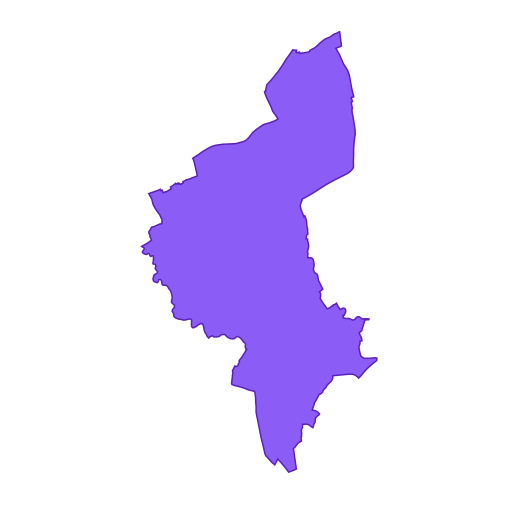 outline of Mueang Sing Buri, Sing Buri, Thailand, rotated 356°
{"feature_id": "78962969B52977923658609", "entity_name": "Mueang Sing Buri", "entity_type": "district", "adm_level": 2, "iso_a3": "THA", "parent_name": "Thailand", "parent_adm1": "Sing Buri", "projection": "natural_earth1", "projection_center": [100.401, 14.906], "detail": "fine", "context": "isolated", "style": "filled", "palette": "violet", "viewbox_px": 512, "rotation_deg": 356, "n_neighbors": 0, "source": "geoboundaries", "source_scale": "gbopen_adm2", "svg_char_len": 6101}
<svg xmlns="http://www.w3.org/2000/svg" viewBox="0 0 512 512"><g transform="rotate(356 256 256)"><path d="M355.1,38.1L354.3,38.3L351.8,39.5L350.2,39.8L347.3,41.3L345.5,42.6L340.6,44.2L339.2,44.9L335.5,47.4L333.9,48.6L332.7,49.8L329.1,52.4L324.1,54.6L323.8,55.5L323.4,55.9L321.7,56.3L314.0,57.0L313.7,55.6L310.7,56.1L310.4,56.0L310.3,54.9L310.9,53.6L308.8,53.3L307.0,52.9L304.0,56.8L300.0,61.5L294.8,68.7L290.6,73.9L284.8,80.1L278.8,85.9L277.1,91.3L277.2,92.2L276.0,92.6L276.3,94.5L277.7,98.9L281.3,108.0L282.8,112.9L285.6,117.4L287.5,120.9L285.0,122.2L278.7,124.1L273.7,125.1L272.0,125.7L265.6,129.5L262.1,132.0L260.8,133.1L257.9,136.5L254.4,139.7L252.8,140.5L251.2,141.0L244.4,142.4L242.8,142.5L230.5,142.2L223.7,142.7L219.4,143.7L215.3,145.4L209.7,148.3L205.5,150.9L199.7,154.1L200.4,155.9L200.9,158.0L202.6,168.7L203.0,172.1L197.5,173.6L196.1,174.3L194.4,174.6L193.1,175.1L191.7,175.0L191.0,175.7L188.2,176.8L188.5,178.0L185.7,179.4L184.9,178.2L183.7,178.8L183.3,177.8L181.4,178.8L180.9,177.9L178.1,179.8L175.5,181.3L176.1,183.0L170.8,185.8L170.4,185.5L167.8,186.4L166.9,183.7L165.7,184.1L165.2,182.8L161.7,184.0L153.4,186.2L156.0,192.1L156.8,196.7L157.5,198.9L159.8,203.5L162.8,208.0L164.8,213.5L164.4,217.1L163.3,217.5L162.8,217.2L162.5,217.3L157.1,219.3L153.6,220.1L152.9,221.7L151.1,223.8L150.7,224.8L151.0,226.5L151.9,228.2L151.5,229.2L152.9,232.8L148.5,235.7L142.6,238.4L143.5,239.2L144.9,240.1L145.1,240.5L144.9,241.1L144.6,241.7L143.0,243.8L143.0,244.6L143.7,245.4L145.2,246.4L146.7,246.8L147.4,246.7L148.7,245.8L149.1,245.9L149.7,246.3L150.3,248.4L150.9,249.0L151.2,249.1L152.2,248.6L152.8,248.6L153.3,248.6L153.6,249.1L153.6,250.5L153.3,253.4L152.6,256.3L153.0,256.9L154.7,257.3L155.2,257.7L155.4,259.0L154.6,261.4L155.1,262.5L156.6,264.6L156.7,265.0L156.3,266.0L155.3,266.7L153.4,267.5L152.6,268.5L151.6,271.9L152.0,273.7L152.4,274.2L153.2,274.7L154.9,275.6L155.5,275.7L156.3,275.2L157.5,272.9L158.3,272.7L159.0,272.8L159.6,273.4L160.0,274.4L160.3,277.6L160.6,278.1L161.4,278.7L164.1,279.0L165.2,279.6L165.7,280.2L166.6,282.3L168.5,285.1L169.3,288.7L169.6,291.8L168.8,294.4L168.4,296.2L168.9,297.1L171.0,299.2L171.3,299.7L171.0,301.5L169.0,303.5L168.5,305.3L169.8,307.7L169.8,309.9L169.9,310.5L170.3,311.2L171.9,312.4L173.0,313.0L175.3,313.8L177.4,314.2L179.2,314.9L181.1,314.9L184.8,314.2L185.8,314.3L187.0,314.7L187.2,315.0L187.2,316.4L186.8,320.0L186.8,321.6L187.3,322.6L188.1,323.2L188.8,323.2L189.5,323.0L191.8,321.9L193.6,320.6L195.0,320.1L196.0,319.5L196.6,319.8L197.9,319.9L198.4,320.9L199.0,324.2L199.1,326.1L199.9,328.9L200.7,330.3L201.8,332.9L203.0,334.6L204.3,333.5L206.9,332.5L207.3,332.7L208.0,333.6L208.6,333.8L211.6,334.0L213.9,333.6L215.2,332.5L216.2,332.1L218.9,332.0L219.6,332.4L221.0,334.1L222.0,335.1L224.2,336.4L225.4,336.8L228.2,337.1L229.2,336.6L230.3,335.6L231.3,335.1L232.0,335.0L232.8,335.3L234.7,336.8L235.8,338.1L237.8,341.2L239.2,342.4L239.4,343.2L238.9,345.3L239.1,346.8L239.4,347.9L240.2,348.5L234.7,356.1L232.0,359.0L231.7,359.7L232.2,360.7L230.8,362.5L230.3,364.2L228.4,365.0L227.3,364.2L224.8,368.3L224.5,369.2L224.8,371.1L224.2,373.1L223.9,375.3L222.7,381.8L223.1,382.5L225.3,383.6L231.2,385.5L234.1,386.6L239.2,389.1L244.4,390.7L245.1,391.2L245.3,391.7L245.5,393.6L245.7,398.0L245.5,402.0L245.6,405.8L245.2,412.1L248.6,438.8L249.8,445.3L250.9,452.5L251.4,454.8L252.0,456.3L253.0,457.1L256.8,462.2L257.7,463.3L260.2,465.6L263.5,460.1L265.5,462.4L270.2,468.8L273.5,473.9L278.9,472.3L281.4,471.3L279.9,450.7L282.3,448.8L282.9,447.7L285.2,445.4L288.4,443.8L288.2,439.9L288.6,439.8L288.8,439.2L289.2,435.9L289.0,434.1L289.6,431.5L290.3,430.5L290.5,429.8L290.6,427.2L293.8,427.2L296.0,427.6L297.2,428.3L299.2,430.1L300.8,431.2L301.4,430.1L301.9,428.0L302.6,426.8L303.2,426.2L303.7,424.2L303.7,423.1L304.3,421.2L305.1,420.8L306.3,419.7L307.3,419.2L308.4,417.9L306.5,415.8L305.4,415.1L303.4,414.1L301.3,413.5L303.6,408.3L303.9,406.7L305.1,405.2L309.5,398.3L310.3,398.4L312.8,396.7L313.3,395.4L313.9,394.6L314.8,393.6L316.6,392.0L317.3,390.7L318.5,389.3L322.5,386.0L323.9,383.4L324.3,380.8L339.8,380.4L343.6,380.6L346.0,381.4L347.3,382.3L348.8,383.6L349.8,385.0L351.9,383.2L358.1,376.9L363.8,372.3L368.8,368.9L369.2,368.5L369.3,367.9L369.4,366.2L368.0,365.9L360.7,365.9L359.8,365.7L358.7,365.8L356.8,365.6L355.3,364.5L354.4,364.1L353.9,363.5L353.2,361.3L352.7,358.4L352.3,354.0L352.5,353.2L353.2,351.9L353.7,350.1L353.7,348.2L355.7,348.1L355.8,347.5L355.4,344.9L353.5,339.9L354.5,339.2L354.8,338.8L356.2,338.0L356.8,336.5L357.1,335.1L357.8,333.9L360.0,327.7L360.7,327.4L364.1,327.4L364.3,326.7L363.5,326.5L359.3,326.1L357.7,326.2L356.5,325.4L355.1,324.0L354.3,323.7L352.6,323.8L351.6,324.5L350.6,325.7L350.0,326.2L349.4,326.5L348.4,326.6L347.7,326.5L344.2,324.7L341.9,324.7L339.0,324.0L338.5,321.3L340.0,321.1L341.4,318.3L341.7,317.2L341.6,315.8L341.1,314.8L340.8,314.5L340.3,314.2L338.7,314.1L336.3,315.4L335.7,314.2L334.5,312.3L333.0,308.7L331.4,309.8L329.7,310.0L329.3,311.3L328.1,311.2L326.0,312.8L323.3,313.6L318.7,306.2L317.1,302.8L317.0,302.2L317.6,301.1L317.7,300.2L317.7,298.8L317.9,298.3L316.7,296.0L317.8,295.5L320.3,293.8L316.6,284.5L316.1,279.7L315.6,278.4L313.5,276.7L312.9,275.7L312.3,273.3L313.3,269.5L313.4,268.2L313.1,265.5L312.8,263.8L312.2,262.5L311.2,261.8L310.0,261.5L307.7,261.6L307.6,258.6L308.0,257.5L308.0,256.8L307.9,256.3L307.4,255.5L308.0,254.4L309.2,250.2L309.0,246.3L308.5,244.6L308.7,242.8L307.1,242.2L308.2,238.2L309.3,237.8L309.2,234.9L309.4,232.8L309.0,231.3L308.8,228.6L308.8,223.6L307.5,219.4L306.6,220.4L304.0,212.1L303.6,209.0L304.8,205.5L305.9,203.4L306.1,202.5L317.0,197.3L331.5,189.4L341.8,184.7L352.6,180.3L355.3,178.7L357.0,177.3L358.5,175.8L359.2,174.6L359.5,173.9L359.7,168.7L360.4,162.5L360.8,156.4L361.8,149.5L362.9,143.5L363.4,141.9L363.5,140.4L363.6,136.5L363.4,134.1L362.6,124.6L361.9,119.5L362.0,116.0L362.1,115.8L362.4,115.7L362.4,115.0L361.7,109.5L362.9,108.8L363.0,108.6L362.0,104.6L362.5,104.3L364.4,104.2L364.6,103.9L363.2,95.7L361.9,83.6L361.3,80.4L360.2,76.9L357.7,72.4L356.4,69.7L353.2,60.7L350.1,54.3L354.8,52.9L355.9,52.4L355.1,38.1Z" fill="#8b5cf6" stroke="#5b21b6" stroke-width="1.5"/></g></svg>